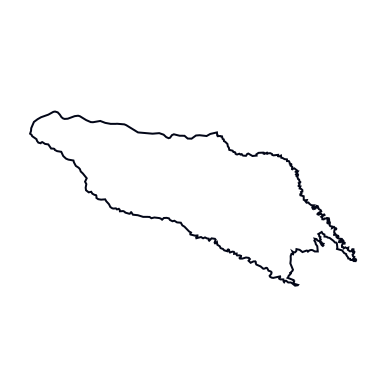 Circasia, Quindío, Colombia, rotated 246°
{"feature_id": "7082276B86132048215988", "entity_name": "Circasia", "entity_type": "district", "adm_level": 2, "iso_a3": "COL", "parent_name": "Colombia", "parent_adm1": "Quindío", "projection": "albers", "projection_center": [-75.684, 4.608], "detail": "fine", "context": "isolated", "style": "outline", "palette": "ink", "viewbox_px": 384, "rotation_deg": 246, "n_neighbors": 0, "source": "geoboundaries", "source_scale": "gbopen_adm2", "svg_char_len": 5962}
<svg xmlns="http://www.w3.org/2000/svg" viewBox="0 0 384 384"><g transform="rotate(246 192 192)"><path d="M313.3,69.8L311.1,67.8L309.5,68.7L308.0,68.7L303.5,71.4L301.9,71.2L299.6,71.7L298.1,73.6L298.6,74.7L298.4,75.6L295.7,77.3L293.9,80.1L289.0,81.0L287.9,83.2L287.3,83.8L286.2,83.8L284.2,85.4L281.9,88.9L277.2,89.0L273.7,90.5L271.9,92.2L269.0,96.5L267.0,96.2L263.1,96.5L260.3,98.3L258.5,98.9L256.0,98.7L253.4,99.8L247.4,101.4L244.9,98.5L242.2,98.7L239.2,96.6L236.7,95.9L233.7,97.5L233.2,100.0L231.0,100.3L229.0,101.8L228.2,103.0L227.5,103.1L225.4,102.3L223.6,103.4L222.0,105.8L220.6,109.7L218.5,109.9L214.6,111.2L211.5,111.3L209.7,112.4L208.9,113.3L208.0,115.8L206.6,116.4L206.4,118.3L205.2,118.7L203.7,118.3L202.6,121.3L201.5,122.3L200.3,122.7L197.6,125.9L197.5,126.7L198.3,127.9L198.2,128.3L195.3,128.8L192.8,133.1L189.2,137.2L186.5,143.1L184.6,144.2L184.0,147.3L181.5,151.5L180.5,152.6L178.9,153.4L179.7,155.7L178.7,158.3L177.3,160.2L175.4,160.5L173.2,162.3L172.9,164.2L170.3,166.0L168.5,169.3L165.4,169.6L163.4,171.0L157.1,173.3L155.4,174.6L154.4,173.3L153.8,173.3L150.9,177.0L150.1,179.3L149.6,179.1L148.7,177.3L148.0,177.2L147.2,181.9L145.2,183.3L145.2,185.4L143.5,186.8L142.6,188.2L141.0,187.7L140.5,187.9L141.7,191.0L139.9,193.9L138.8,194.2L136.6,192.1L135.8,192.1L135.6,192.7L136.1,194.4L133.5,193.7L131.1,195.3L129.1,195.3L127.4,197.1L125.6,197.7L123.5,200.2L124.8,201.2L124.7,201.9L124.1,202.3L122.2,201.9L121.3,202.1L121.1,204.6L120.3,205.9L119.6,206.0L118.4,205.3L117.6,207.7L116.7,207.2L115.7,207.4L114.7,209.8L113.7,210.8L113.0,210.4L112.3,208.6L111.7,208.7L110.7,210.8L110.2,214.7L108.7,217.1L107.2,217.6L106.2,215.7L103.5,216.8L103.6,219.8L102.9,221.6L102.2,221.8L100.6,221.2L99.5,221.3L96.1,224.4L92.9,225.9L92.5,227.2L92.6,228.9L91.9,229.7L89.0,229.9L87.4,231.6L86.3,232.0L85.0,231.2L83.8,228.8L82.7,228.9L81.4,229.9L80.5,231.2L79.1,238.1L78.5,238.0L77.4,236.4L76.2,237.2L75.0,239.9L72.9,239.3L72.1,239.5L73.0,240.9L72.6,241.9L70.2,243.1L69.2,245.4L68.3,246.1L64.5,248.1L63.8,250.7L64.0,251.1L66.9,247.6L67.3,248.0L67.8,247.7L69.0,249.1L69.9,248.6L70.3,248.9L74.7,244.4L75.3,245.5L76.2,246.3L76.9,248.4L78.0,248.7L77.7,249.5L78.6,250.1L79.0,251.5L79.9,252.6L86.7,252.8L90.0,254.7L93.4,256.1L95.0,257.7L94.0,259.0L94.8,259.6L96.7,259.6L95.7,260.2L95.0,261.7L95.6,263.2L97.3,264.2L95.4,266.8L92.2,268.5L91.9,272.8L91.4,273.5L90.4,273.7L90.9,275.5L90.6,277.3L89.8,278.5L87.7,280.0L86.5,282.7L91.5,284.4L94.1,283.9L95.8,284.3L97.8,284.0L98.5,285.1L99.4,285.1L98.3,286.6L97.0,286.8L95.8,287.7L95.5,288.5L90.8,288.9L89.5,289.6L89.7,290.2L90.3,290.0L91.2,291.1L92.1,289.8L93.0,290.0L94.4,289.4L96.0,289.6L96.3,290.3L97.6,290.1L98.6,291.0L99.6,290.2L100.9,290.7L102.2,290.3L102.7,294.2L100.8,294.4L99.3,295.7L97.4,294.9L96.3,296.9L95.3,297.3L94.1,299.0L90.0,301.3L87.7,302.1L87.0,303.3L86.0,303.4L82.2,302.2L81.0,301.3L77.6,305.4L74.3,306.2L72.6,307.6L71.5,307.3L68.8,307.9L67.7,307.7L66.6,309.3L65.5,309.1L64.5,311.0L63.1,311.7L62.3,313.4L63.1,314.3L64.2,314.2L64.5,312.6L65.4,312.1L66.6,313.9L68.0,313.0L69.4,313.2L70.1,314.9L71.2,316.0L72.1,315.8L71.5,314.9L71.7,314.4L72.8,314.3L73.3,315.9L74.0,316.2L74.5,315.2L73.2,313.6L73.5,312.2L75.7,310.9L77.6,312.1L77.6,310.6L79.1,309.5L78.8,307.7L80.1,307.7L80.7,306.7L82.0,307.1L83.3,308.3L83.4,308.9L82.8,310.4L83.5,310.8L84.7,309.3L85.5,310.5L86.4,310.3L85.9,306.8L86.4,306.0L87.2,306.4L87.3,308.8L87.6,309.7L88.2,309.8L89.6,307.3L90.8,306.2L92.0,305.8L91.8,307.6L92.5,307.7L94.4,305.8L95.0,304.4L95.5,304.6L95.5,305.9L97.5,305.5L99.0,306.5L99.6,307.0L99.3,308.5L99.8,308.9L100.3,308.8L100.8,308.0L102.2,307.6L102.1,305.3L103.3,306.2L104.5,304.5L105.4,304.2L106.8,304.8L108.4,303.1L108.8,303.1L109.0,303.7L108.3,305.5L109.6,305.6L109.4,304.2L110.2,303.9L111.5,304.6L111.4,306.1L112.3,306.3L113.4,304.7L113.2,303.6L113.8,302.5L113.4,301.2L114.1,300.0L115.5,300.6L116.7,300.0L117.1,303.7L117.7,303.6L117.9,301.6L119.6,301.1L119.7,298.5L120.6,297.6L121.0,297.8L121.4,298.8L121.8,302.2L123.0,302.2L124.9,300.9L127.9,301.1L128.7,300.1L127.2,299.5L128.0,298.6L126.7,297.9L126.8,296.6L128.1,296.8L127.8,295.6L129.0,295.6L130.3,297.8L131.3,295.7L133.6,294.4L135.0,294.1L135.6,292.3L137.6,291.8L137.4,293.1L137.9,293.6L138.5,291.7L139.4,290.9L142.7,292.3L144.9,289.7L145.9,290.0L146.0,291.4L147.6,291.6L147.5,293.0L148.9,293.6L150.2,293.1L151.4,291.8L153.0,293.3L153.7,292.0L154.2,291.8L155.0,293.2L156.7,293.2L156.6,294.6L157.0,295.0L158.4,294.5L159.8,294.9L160.6,294.2L163.1,294.4L164.3,293.9L164.6,294.3L163.9,295.3L164.5,295.9L165.2,295.9L166.0,294.5L167.5,296.7L167.9,295.2L168.2,295.0L168.8,296.8L172.0,295.1L172.2,294.2L171.9,293.0L172.2,292.7L174.3,293.8L176.0,292.8L176.5,293.7L177.2,293.3L177.4,293.6L178.0,292.8L179.3,293.2L180.9,293.0L181.6,291.4L183.2,292.0L184.4,289.9L186.2,288.6L187.0,287.5L189.1,288.1L189.0,286.2L189.7,285.2L190.9,285.8L192.3,281.4L193.2,280.4L194.2,280.5L195.7,279.2L196.4,277.0L197.4,276.6L197.4,276.0L196.7,275.8L197.5,274.8L197.4,273.5L198.0,273.0L198.7,273.5L199.0,273.1L200.7,268.7L200.2,266.1L199.0,265.8L200.3,261.9L204.2,259.1L204.3,258.0L203.1,256.0L204.4,253.6L205.1,253.0L206.2,252.9L206.6,252.4L206.5,251.5L207.7,250.8L207.9,248.6L208.4,247.8L209.4,247.3L210.4,247.6L211.1,247.2L211.7,246.1L213.2,245.9L215.3,243.2L217.7,243.7L219.0,243.3L221.5,243.9L224.3,242.8L225.5,241.9L227.1,242.4L228.0,241.6L230.5,242.0L230.6,241.3L231.1,241.3L231.7,240.5L232.5,238.3L233.3,238.5L233.5,238.1L236.3,239.0L237.6,232.3L237.2,228.1L240.8,222.0L242.0,218.6L240.9,213.3L242.6,209.8L246.4,208.0L248.5,203.5L252.1,198.9L252.1,196.8L250.5,194.0L250.7,192.5L252.6,190.8L255.9,189.4L259.1,186.0L261.3,179.7L268.4,166.9L279.8,159.1L281.3,157.7L284.5,151.9L287.2,145.6L290.4,140.9L294.2,137.1L296.0,130.0L297.0,128.0L300.7,124.6L306.8,120.4L308.0,119.0L309.0,115.7L309.5,108.3L310.6,105.3L311.7,104.1L313.5,103.2L316.5,102.7L319.4,101.7L321.2,99.6L321.6,97.9L321.1,92.3L321.7,84.5L321.3,80.5L320.3,76.1L315.7,71.1L313.3,69.8Z" fill="none" stroke="#020617" stroke-width="2"/></g></svg>